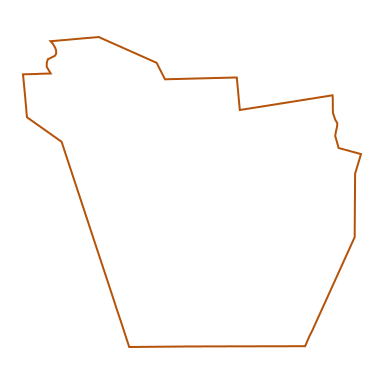 the district of Regeneração, Piauí, Brazil
{"feature_id": "56859067B83556019928691", "entity_name": "Regeneração", "entity_type": "district", "adm_level": 2, "iso_a3": "BRA", "parent_name": "Brazil", "parent_adm1": "Piauí", "projection": "natural_earth1", "projection_center": [-42.521, -6.346], "detail": "fine", "context": "isolated", "style": "outline", "palette": "amber", "viewbox_px": 384, "rotation_deg": 0, "n_neighbors": 0, "source": "geoboundaries", "source_scale": "gbopen_adm2", "svg_char_len": 764}
<svg xmlns="http://www.w3.org/2000/svg" viewBox="0 0 384 384"><path d="M120.8,321.2L129.2,347.0L173.4,346.6L184.9,346.5L210.9,346.4L305.1,346.2L309.5,336.0L312.5,330.1L318.3,317.3L354.7,237.1L354.7,233.1L355.1,173.7L361.0,154.1L338.6,148.0L336.5,140.4L335.2,136.0L335.9,131.7L337.1,126.6L337.3,123.1L335.2,119.7L333.0,113.1L332.8,108.8L332.8,105.1L332.8,98.4L332.5,95.3L239.8,110.0L236.8,77.5L227.6,77.7L165.0,79.3L156.6,62.8L98.6,37.0L56.6,40.7L50.5,41.2L52.7,43.5L55.2,47.8L56.1,50.5L56.2,53.6L54.9,55.8L51.5,57.5L47.9,59.2L46.8,62.6L46.7,66.8L50.7,73.5L39.3,73.8L36.5,74.0L23.0,74.3L25.1,96.1L25.6,102.0L26.3,109.5L26.5,112.7L27.0,117.3L61.6,141.8L70.8,169.7L91.5,232.5L112.9,297.3L116.8,309.4L120.8,321.2Z" fill="none" stroke="#b45309" stroke-width="2"/></svg>